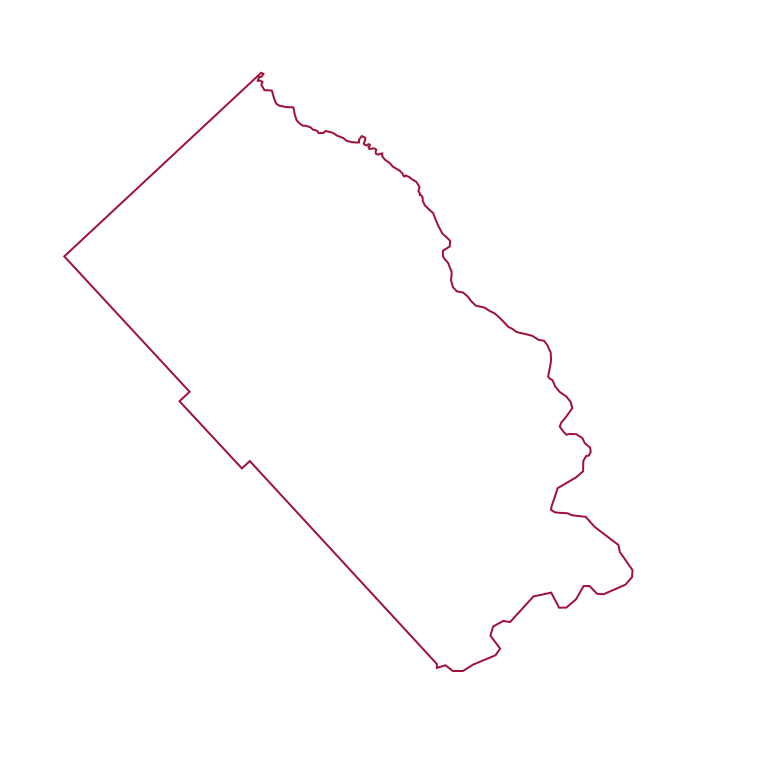 Ferry, Washington, United States of America, rotated 317°
{"feature_id": "52423323B81740617288229", "entity_name": "Ferry", "entity_type": "district", "adm_level": 2, "iso_a3": "USA", "parent_name": "United States of America", "parent_adm1": "Washington", "projection": "robinson", "projection_center": [-118.263, 48.416], "detail": "fine", "context": "isolated", "style": "outline", "palette": "rose", "viewbox_px": 768, "rotation_deg": 317, "n_neighbors": 0, "source": "geoboundaries", "source_scale": "gbopen_adm2", "svg_char_len": 2492}
<svg xmlns="http://www.w3.org/2000/svg" viewBox="0 0 768 768"><g transform="rotate(317 384 384)"><path d="M237.2,72.6L236.5,257.1L222.7,257.1L222.5,348.8L233.3,348.8L231.7,624.7L229.1,627.7L237.1,631.6L238.6,640.9L246.0,647.7L258.1,650.1L280.5,658.4L288.5,656.7L290.2,640.6L298.4,635.8L309.6,638.6L313.8,644.1L348.4,641.3L364.0,650.6L359.5,667.0L364.9,671.9L377.7,672.4L392.2,667.9L396.5,671.9L396.8,682.8L401.2,687.5L423.7,695.4L433.7,694.4L438.8,689.6L441.9,667.8L445.7,661.5L444.5,655.2L440.6,632.2L440.9,618.7L431.9,608.1L429.8,603.4L428.1,601.6L424.3,597.7L421.5,594.4L420.3,590.0L422.9,587.9L427.7,585.3L431.3,583.4L440.0,578.6L460.9,583.3L470.1,583.6L477.3,576.2L482.8,574.5L485.0,576.1L488.9,574.6L491.3,571.1L490.5,564.2L492.2,559.0L490.4,551.9L485.8,547.2L482.8,545.4L482.7,540.4L483.5,535.0L487.4,533.1L494.7,532.2L505.2,530.1L508.3,524.4L508.8,517.3L507.1,509.9L507.5,502.6L509.9,496.0L508.9,493.2L509.0,490.6L511.1,489.0L516.3,485.3L522.1,480.9L527.3,474.8L528.5,471.2L529.0,469.7L530.0,467.1L530.5,461.6L527.2,457.2L525.3,449.9L521.6,444.1L519.5,441.1L516.4,436.3L515.4,430.9L513.9,427.3L513.9,421.2L513.7,414.5L513.2,408.3L510.9,401.9L509.7,396.8L507.1,393.1L504.6,389.4L504.3,382.3L504.9,377.1L504.2,371.1L500.5,366.0L500.4,360.4L503.9,353.5L507.7,350.5L510.2,347.7L511.8,343.2L513.4,339.5L513.6,334.1L514.3,330.7L518.0,326.7L521.8,327.5L525.8,328.2L530.0,324.5L529.9,320.3L529.3,313.8L531.3,306.2L534.1,298.3L536.5,292.7L536.0,287.6L535.7,281.2L537.2,276.5L539.4,274.1L539.9,272.0L539.6,271.0L539.1,270.2L540.1,269.4L540.7,266.4L544.3,264.2L545.5,258.2L544.0,253.2L543.7,250.1L542.1,246.3L540.5,246.3L540.2,244.7L541.0,243.0L541.0,239.0L538.7,231.0L538.9,226.4L537.7,220.9L537.9,216.5L540.0,214.2L537.8,212.9L536.1,212.2L535.1,210.3L536.1,208.5L538.1,207.5L537.9,205.7L537.1,204.5L535.3,203.3L533.6,202.3L534.2,200.3L535.6,200.3L536.8,199.3L536.8,198.7L535.9,197.9L535.6,198.0L533.9,197.6L533.2,196.2L533.1,194.4L536.8,192.6L538.2,191.1L537.2,188.5L536.8,187.5L532.4,188.3L530.6,190.3L528.3,188.4L525.2,184.9L522.4,180.4L522.0,176.4L519.2,170.7L517.8,165.2L514.0,159.2L510.9,159.0L507.2,155.9L507.9,153.3L505.6,149.7L505.2,145.9L503.0,142.0L500.6,139.4L499.9,134.9L500.0,131.3L502.7,125.7L505.2,122.0L506.3,119.8L504.7,118.1L501.7,115.2L497.3,109.2L496.4,105.6L498.0,100.9L500.7,95.7L502.1,93.0L499.1,89.6L496.9,87.7L498.4,81.4L501.0,80.4L500.6,78.0L498.5,76.1L502.0,74.4L504.1,75.8L507.3,75.0L506.4,72.6L237.2,72.6Z" fill="none" stroke="#9f1239" stroke-width="2"/></g></svg>